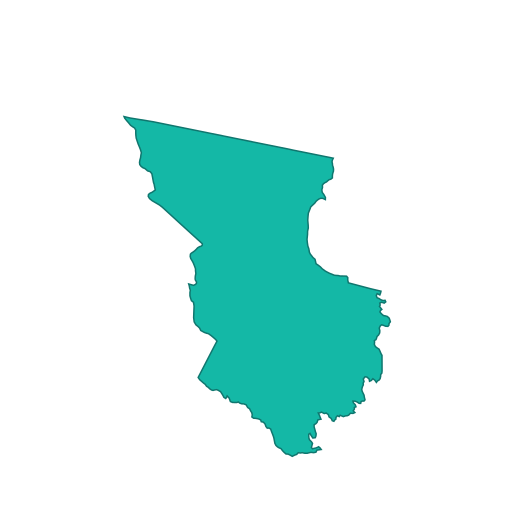 Tremedal, Bahia, Brazil (Equal Earth projection), rotated 141°
{"feature_id": "56859067B30570049489209", "entity_name": "Tremedal", "entity_type": "district", "adm_level": 2, "iso_a3": "BRA", "parent_name": "Brazil", "parent_adm1": "Bahia", "projection": "equal_earth", "projection_center": [-41.451, -15.093], "detail": "fine", "context": "isolated", "style": "filled", "palette": "teal", "viewbox_px": 512, "rotation_deg": 141, "n_neighbors": 0, "source": "geoboundaries", "source_scale": "gbopen_adm2", "svg_char_len": 4859}
<svg xmlns="http://www.w3.org/2000/svg" viewBox="0 0 512 512"><g transform="rotate(141 256 256)"><path d="M353.9,77.5L351.2,76.9L349.3,76.2L347.0,76.5L345.4,74.9L343.9,74.1L342.4,72.2L340.4,70.5L338.6,69.7L336.8,68.8L335.0,66.9L332.9,65.8L330.8,66.8L329.0,65.7L327.1,64.6L327.0,66.6L327.4,68.4L328.7,68.6L330.5,69.2L331.8,69.9L333.4,70.6L333.5,72.3L331.7,73.6L330.0,74.8L329.8,76.8L330.1,79.4L329.5,81.2L328.4,82.8L327.2,84.3L325.7,84.2L326.1,82.0L326.4,78.8L324.3,77.5L322.7,78.4L321.1,80.0L320.3,82.3L319.4,84.2L318.4,86.6L317.0,88.3L315.0,88.0L313.2,88.3L311.1,89.7L309.5,89.0L308.2,88.3L307.7,90.1L306.9,92.5L306.4,94.8L305.1,93.9L303.4,93.5L302.1,90.6L300.3,89.8L299.6,87.3L300.5,84.9L299.8,82.5L300.4,80.0L299.5,78.5L297.9,79.0L296.5,79.0L295.6,80.2L293.2,80.6L292.4,78.8L290.8,79.3L290.0,77.7L289.2,76.2L287.2,75.5L285.5,74.4L284.0,74.0L281.7,74.4L279.6,72.6L277.7,72.1L277.9,74.5L275.9,75.1L274.9,76.4L273.2,75.9L272.5,77.8L272.7,80.6L272.0,82.2L270.5,81.0L269.4,79.1L268.6,76.6L267.4,75.6L266.0,76.7L264.7,76.4L263.4,75.3L261.8,75.6L260.7,78.0L259.6,79.9L259.2,81.7L258.7,83.7L258.0,85.5L256.5,86.8L254.9,87.8L253.7,88.3L252.7,89.8L251.1,90.4L250.0,92.9L248.6,93.2L247.2,93.5L246.0,92.1L245.5,89.2L246.6,87.2L244.7,86.7L242.4,87.1L241.8,84.7L242.0,82.0L240.1,82.5L238.7,82.1L236.8,82.5L234.9,84.0L233.7,85.4L231.9,85.8L230.4,87.3L220.6,99.5L220.3,101.4L219.6,103.8L219.0,106.2L219.7,108.3L220.2,110.5L219.7,112.8L218.2,114.3L217.2,115.8L215.4,115.5L214.0,116.3L212.6,117.3L210.4,117.5L208.3,118.4L206.8,120.0L205.6,122.4L203.6,123.4L201.7,123.5L200.6,121.9L199.5,119.9L197.8,118.3L196.2,118.6L195.1,119.8L193.0,120.3L192.2,122.2L191.6,123.9L192.0,126.4L193.2,128.1L194.4,129.5L194.9,132.3L194.9,134.6L193.4,135.3L191.8,135.3L191.8,139.1L190.4,139.7L189.5,141.5L187.5,141.0L186.0,138.7L184.0,138.7L183.6,140.4L184.8,141.0L185.8,142.2L186.6,143.7L187.2,145.7L188.2,147.4L187.4,149.6L185.5,150.5L184.3,147.8L182.4,148.9L181.0,150.0L187.5,158.4L201.1,177.0L199.9,179.5L198.3,181.4L198.3,183.3L199.6,184.5L201.4,186.0L203.3,187.6L204.5,189.2L206.2,190.7L207.4,192.0L208.3,193.8L209.7,196.2L210.9,198.9L211.6,200.6L212.1,202.6L212.6,204.3L212.8,207.0L213.4,209.6L214.2,212.2L213.3,214.0L212.2,216.3L212.7,219.0L212.6,221.5L212.6,223.3L212.1,225.4L211.1,227.1L210.3,228.6L209.5,231.0L207.6,234.2L205.9,236.8L202.5,240.2L200.3,242.8L197.8,244.8L196.2,246.9L193.3,251.2L190.4,254.3L188.3,256.4L185.8,257.8L184.2,258.7L182.6,259.7L180.2,259.9L177.1,260.1L174.9,260.7L172.8,260.8L170.9,260.6L169.4,260.1L167.8,258.7L166.6,256.2L165.2,257.8L164.6,261.0L164.5,263.7L163.2,266.0L161.2,267.4L159.8,269.3L158.1,269.7L156.2,269.6L154.6,269.2L152.9,269.3L151.2,269.3L149.5,268.6L147.5,268.6L146.2,270.2L145.0,271.4L143.8,272.3L142.4,273.2L141.0,274.8L140.1,276.5L139.5,278.2L138.4,279.8L137.7,281.3L136.4,282.4L134.4,283.4L146.8,298.4L152.6,305.4L156.0,309.5L160.5,314.9L163.1,318.2L183.0,342.2L239.5,410.6L251.3,424.9L253.7,427.6L267.1,442.6L270.8,447.4L271.3,445.7L271.3,442.2L271.2,440.0L271.2,436.5L270.5,433.9L269.8,431.9L270.2,429.5L272.0,427.3L273.4,425.4L274.9,423.0L276.2,419.6L277.1,417.2L277.8,414.7L278.8,411.5L280.1,408.4L281.9,406.9L284.0,404.9L285.5,403.9L287.6,402.1L288.8,400.2L288.9,398.0L288.4,395.9L287.2,393.6L286.7,390.4L285.1,388.0L285.2,385.4L287.0,382.0L288.1,380.0L289.4,377.6L290.0,375.9L291.2,373.7L292.7,370.7L296.6,370.9L298.7,371.5L300.8,371.5L302.2,370.2L302.6,367.6L301.9,364.3L298.9,356.3L298.1,352.8L294.4,328.1L290.0,299.3L291.0,298.2L292.4,298.1L294.0,298.8L296.3,299.1L298.0,298.8L300.4,298.6L302.5,298.7L304.5,298.9L305.8,298.7L307.4,297.1L308.3,295.1L308.6,292.8L309.0,290.5L309.7,288.1L310.5,285.7L311.1,284.1L312.3,282.6L313.8,280.2L315.8,278.6L317.3,277.0L318.2,275.7L318.6,273.2L319.7,272.1L321.4,272.1L323.0,272.5L325.9,276.6L326.6,274.9L327.8,272.8L328.6,270.7L330.3,269.2L332.4,266.6L333.4,264.4L334.3,261.9L333.7,259.4L335.6,256.1L343.2,247.4L344.2,245.8L345.5,243.7L346.0,240.3L345.4,237.6L345.2,235.5L345.8,232.9L344.2,229.0L342.9,226.9L341.9,225.7L341.0,222.6L340.4,219.6L339.9,216.5L339.9,214.4L344.8,212.3L377.4,198.0L377.6,195.2L377.2,193.0L376.7,190.1L376.2,188.2L376.4,185.9L375.8,184.2L375.5,181.7L374.9,179.9L374.0,178.6L372.4,177.9L370.8,177.0L370.0,175.7L368.9,172.9L369.2,170.3L369.5,168.1L369.9,166.4L369.2,164.3L367.8,164.7L366.5,165.4L366.3,162.4L367.5,159.0L366.4,157.0L364.7,155.5L363.1,154.2L361.6,153.7L361.2,151.9L360.2,150.2L358.6,148.8L357.3,146.6L357.8,143.5L357.1,141.3L357.6,139.2L357.9,136.9L358.9,134.9L360.5,133.5L360.0,131.5L358.4,130.0L356.6,127.9L355.5,125.7L356.2,123.9L354.8,122.2L354.7,119.7L355.6,117.2L355.6,115.2L354.2,114.1L353.5,112.4L354.4,109.8L355.3,107.0L356.0,104.9L356.7,103.2L357.9,101.0L359.2,98.6L359.7,96.2L359.4,94.1L358.8,92.4L357.8,90.6L357.9,88.0L357.7,85.6L357.3,83.3L355.7,81.8L354.7,79.6L353.9,77.5Z" fill="#14b8a6" stroke="#0f766e" stroke-width="1.5"/></g></svg>